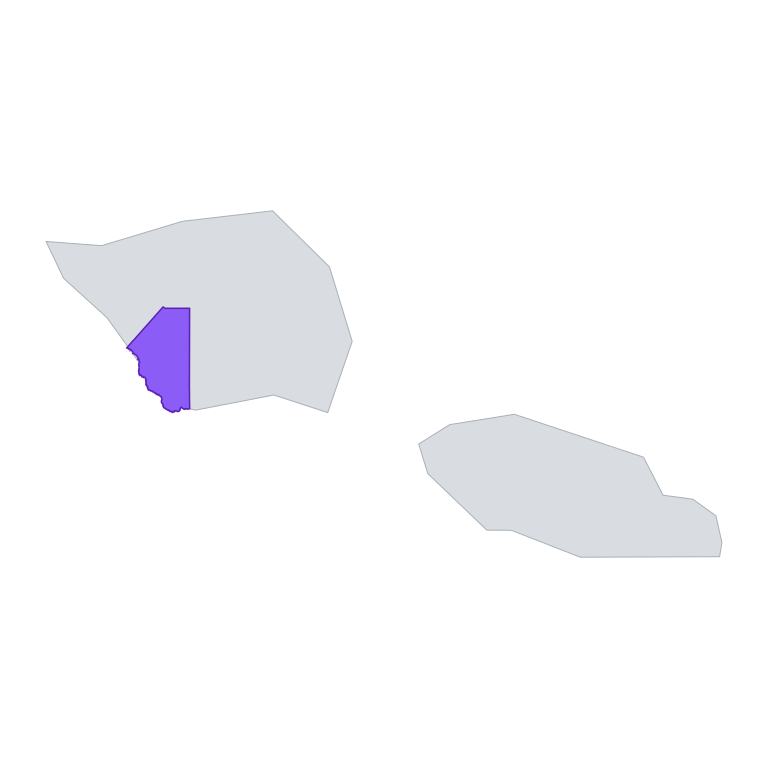 location of Palauli West, Palauli, Samoa
{"feature_id": "51752279B21529413324120", "entity_name": "Palauli West", "entity_type": "district", "adm_level": 2, "iso_a3": "WSM", "parent_name": "Samoa", "parent_adm1": "Palauli", "projection": "natural_earth1", "projection_center": [-172.564, -13.715], "detail": "fine", "context": "in_parent", "style": "filled", "palette": "violet", "viewbox_px": 768, "rotation_deg": 0, "n_neighbors": 0, "source": "geoboundaries", "source_scale": "gbopen_adm2", "svg_char_len": 5425}
<svg xmlns="http://www.w3.org/2000/svg" viewBox="0 0 768 768"><path d="M272.5,210.8L329.5,266.9L352.2,341.4L327.7,412.6L273.8,395.0L195.7,410.1L169.6,405.1L107.0,317.7L63.6,278.3L46.1,241.5L101.5,245.7L182.3,221.3L272.5,210.8ZM719.6,556.7L580.2,557.2L511.3,530.3L486.8,530.1L427.8,473.6L418.7,444.0L449.8,424.6L514.3,414.3L643.5,457.2L663.1,495.2L692.8,499.2L715.9,515.8L721.9,542.4L719.6,556.7Z" fill="#d9dde1" stroke="#a8b0b8" stroke-width="1"/><path d="M165.4,308.3L163.0,307.0L133.6,340.2L133.2,340.5L129.2,345.0L126.7,347.9L126.9,348.1L127.1,348.1L127.4,348.2L127.6,348.2L127.7,348.3L128.0,348.3L128.3,348.3L128.3,348.6L128.6,348.6L128.7,348.9L128.9,348.7L129.1,348.7L129.8,349.1L130.1,349.3L130.2,349.5L130.2,350.1L130.3,350.0L130.4,349.8L130.7,349.7L131.3,350.1L131.8,350.6L133.1,352.2L133.2,352.5L133.2,352.8L132.8,353.6L133.1,353.6L133.6,353.4L133.8,353.5L133.8,353.4L135.1,354.6L135.7,354.7L136.0,355.1L136.4,355.4L136.9,355.8L137.0,356.1L137.2,356.5L137.5,357.1L138.0,357.7L138.3,358.2L138.4,358.4L138.4,358.6L138.1,358.8L138.0,359.0L138.5,358.8L138.7,359.1L138.8,359.4L138.8,359.7L138.7,359.8L138.7,360.0L138.9,360.5L139.0,360.6L139.2,360.9L139.3,361.3L139.4,361.5L139.5,361.7L139.6,362.0L139.5,362.3L139.4,362.4L139.0,362.9L138.8,363.6L139.0,364.9L138.9,365.1L138.8,365.4L138.7,365.4L138.9,366.0L139.0,366.3L139.1,367.0L139.1,367.3L139.2,367.5L139.1,368.0L139.0,368.4L139.1,368.5L138.9,369.0L139.1,369.1L139.0,369.3L138.8,369.5L138.8,370.2L138.7,370.2L138.7,370.5L138.8,370.6L138.6,370.8L138.7,371.0L138.6,371.3L138.6,371.6L138.7,372.0L138.9,372.3L138.8,372.6L138.8,373.0L139.1,373.1L139.2,373.3L139.1,373.8L139.1,374.0L139.4,374.2L139.3,374.4L139.6,374.4L139.6,374.6L139.8,374.6L140.1,374.7L140.1,374.8L140.3,375.0L140.2,375.2L140.5,375.1L140.6,375.3L140.8,375.4L141.2,375.3L141.3,375.4L141.5,375.5L141.7,375.9L141.8,376.1L141.7,376.3L141.8,376.5L141.7,376.7L141.9,376.8L142.0,376.8L142.3,377.0L142.6,377.1L142.8,377.1L143.0,377.2L143.5,377.1L143.6,377.3L143.7,377.2L143.8,377.0L144.0,377.2L144.4,377.2L144.4,377.4L144.6,377.4L144.6,377.5L145.0,377.7L145.3,377.9L145.5,378.0L145.7,378.4L145.6,378.7L145.5,378.8L145.5,379.0L145.4,379.2L145.6,379.5L145.9,379.7L145.8,379.8L145.8,380.1L146.0,380.2L146.0,380.4L146.0,380.5L145.9,380.6L146.1,380.8L146.0,381.0L145.9,381.2L146.1,381.5L145.9,381.6L146.0,381.8L146.0,382.2L146.2,382.3L146.1,382.7L146.0,382.8L146.0,383.5L146.2,384.2L145.9,384.0L145.9,384.5L146.1,384.5L146.0,384.8L146.3,384.9L146.3,385.1L146.5,385.6L146.8,385.5L147.0,385.8L147.0,386.0L147.4,386.4L147.4,386.6L147.6,386.7L147.5,386.9L147.7,387.1L147.6,387.3L147.8,387.3L147.8,387.6L147.7,387.7L147.8,388.0L147.7,388.6L147.8,388.7L147.9,389.0L148.0,389.2L148.0,389.4L148.5,389.9L148.5,390.0L148.8,390.2L149.1,390.3L149.5,390.4L149.7,390.0L150.2,390.2L150.4,390.4L150.7,390.5L150.8,390.8L151.0,390.7L151.2,390.9L151.6,391.0L151.8,391.2L152.0,391.1L152.2,391.4L152.4,391.3L152.5,391.4L152.7,391.7L152.9,391.6L153.0,391.7L152.9,391.9L153.4,392.1L153.5,392.0L153.9,392.2L153.9,392.3L154.0,392.4L154.2,392.6L154.6,392.9L154.9,393.0L155.0,393.1L155.1,393.4L155.3,393.5L155.4,393.2L155.5,393.1L155.6,393.4L155.9,393.4L156.0,393.6L156.2,393.8L156.3,393.9L156.5,393.8L156.6,394.1L156.7,394.3L157.1,394.3L157.2,394.5L157.3,394.4L157.5,394.5L157.8,394.5L158.0,394.7L158.3,394.6L158.4,394.9L158.8,394.7L158.8,395.1L159.1,395.1L159.3,395.2L159.3,395.4L159.4,395.5L159.5,395.4L160.0,395.9L160.3,396.1L160.4,396.3L160.5,396.3L160.8,396.5L161.0,396.9L161.1,397.0L161.3,396.9L161.3,397.1L161.4,397.5L161.5,397.6L161.5,398.0L161.7,398.3L161.8,398.5L161.7,398.6L161.8,398.9L161.8,399.2L161.9,399.4L161.8,400.0L161.6,400.2L161.6,400.7L161.4,400.9L161.5,401.1L161.5,401.4L161.4,401.5L161.4,402.0L161.4,402.4L161.5,402.6L161.6,402.9L162.2,403.3L162.2,403.5L162.4,403.6L162.5,403.9L162.8,404.1L163.0,404.6L162.9,404.8L163.0,404.8L163.0,405.0L163.2,405.8L163.3,405.9L163.2,406.2L163.3,406.3L163.2,406.4L163.3,406.5L163.3,406.8L163.5,407.1L163.7,407.3L163.8,407.6L164.0,407.6L164.1,407.9L164.4,408.0L164.9,408.1L165.0,408.2L165.0,408.4L165.2,408.6L165.3,408.7L165.6,408.8L165.7,409.0L166.0,408.9L166.1,409.0L166.4,409.1L166.6,409.2L167.0,409.4L167.0,409.6L167.3,409.7L167.4,409.8L167.6,409.8L167.8,410.2L168.1,410.3L168.3,410.3L168.5,410.3L168.6,410.2L168.8,410.5L169.0,410.6L169.3,410.7L169.3,410.8L169.5,410.8L169.6,411.0L169.9,410.9L170.1,411.1L170.1,411.3L170.4,411.2L170.8,411.5L170.9,411.4L171.0,411.5L171.6,411.7L171.7,411.8L171.7,411.6L172.1,411.6L172.3,411.7L172.4,411.8L172.6,411.8L172.7,412.0L172.8,411.9L173.1,412.0L173.6,411.8L173.7,411.7L173.9,411.9L174.0,411.7L174.5,411.6L174.5,411.2L174.9,411.1L174.8,410.8L175.2,410.7L175.6,410.7L175.9,410.7L175.9,410.9L177.0,411.2L177.3,411.5L177.6,411.5L177.9,411.5L178.2,411.5L178.5,411.4L179.0,411.3L179.1,411.1L179.3,410.8L179.5,410.7L179.9,410.3L179.8,410.1L180.0,410.0L180.1,409.5L179.9,409.3L180.0,409.1L180.1,408.9L180.3,408.5L180.4,408.3L180.4,408.1L180.7,407.6L180.9,407.6L181.0,407.4L181.4,407.1L181.5,407.2L181.7,407.4L182.0,407.6L182.1,407.9L182.1,408.0L182.5,408.4L183.4,408.9L183.6,409.1L184.0,409.0L184.4,409.2L184.5,409.0L184.8,409.2L185.2,409.1L185.6,409.0L185.6,408.8L185.7,408.7L185.8,408.9L186.0,408.7L186.7,408.8L187.0,408.9L187.2,409.0L187.2,408.9L187.4,408.8L187.8,408.9L188.1,408.9L188.3,409.0L188.4,408.9L188.5,409.0L189.7,408.6L189.5,399.3L189.5,392.9L189.4,387.2L189.6,308.3L165.4,308.3Z" fill="#8b5cf6" stroke="#5b21b6" stroke-width="1.5"/></svg>